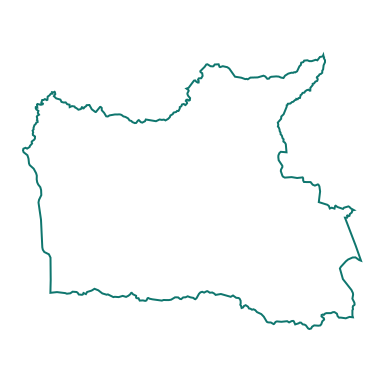 outline of Ancuabe, Cabo Delgado, Mozambique
{"feature_id": "85939544B12924931865401", "entity_name": "Ancuabe", "entity_type": "district", "adm_level": 2, "iso_a3": "MOZ", "parent_name": "Mozambique", "parent_adm1": "Cabo Delgado", "projection": "mercator", "projection_center": [39.811, -12.944], "detail": "fine", "context": "isolated", "style": "outline", "palette": "teal", "viewbox_px": 384, "rotation_deg": 0, "n_neighbors": 0, "source": "geoboundaries", "source_scale": "gbopen_adm2", "svg_char_len": 5884}
<svg xmlns="http://www.w3.org/2000/svg" viewBox="0 0 384 384"><path d="M286.5,152.3L285.8,144.2L284.9,142.6L283.4,141.5L283.6,139.3L282.6,138.3L281.8,135.5L280.6,134.3L280.6,132.8L279.7,131.1L279.5,129.4L278.7,127.3L277.9,126.6L278.3,124.7L277.8,122.6L281.1,118.8L281.3,116.5L283.6,114.3L286.7,106.7L286.7,105.3L287.4,105.0L287.8,103.8L290.4,103.5L291.9,102.1L293.3,101.7L294.8,100.2L296.2,99.7L296.3,98.9L297.7,99.2L298.5,98.1L300.0,97.9L300.6,95.1L301.5,94.6L302.6,92.9L304.4,92.6L305.1,91.4L306.7,90.2L308.4,89.7L309.7,90.7L310.3,90.6L310.4,87.8L312.7,85.1L312.7,83.8L314.1,83.4L315.4,81.6L317.2,80.9L317.7,79.5L317.5,78.4L316.8,77.7L317.0,77.0L318.9,75.5L319.5,74.4L320.9,73.9L322.2,72.8L322.3,70.6L323.1,69.5L323.6,65.3L325.0,62.2L325.0,60.2L323.9,58.3L324.1,57.3L323.7,57.0L323.3,55.0L322.7,56.4L319.9,57.0L317.4,60.3L315.7,59.8L311.8,61.1L309.3,61.1L307.4,60.3L304.2,60.6L303.3,62.1L301.2,62.7L300.8,65.0L299.4,66.3L297.1,71.3L295.2,72.4L294.2,72.2L293.2,72.8L291.5,72.7L288.3,73.6L285.0,75.7L283.5,78.0L281.1,77.6L278.8,76.6L276.2,76.4L271.2,76.8L269.9,77.4L269.0,78.6L267.3,78.8L265.3,76.5L263.5,75.7L257.7,77.4L250.4,77.6L247.8,79.3L246.7,78.9L245.2,79.1L241.3,77.7L235.0,76.7L229.3,68.6L227.3,67.2L222.8,66.2L220.1,67.1L219.5,66.8L218.6,64.3L214.7,64.5L213.5,66.2L212.9,66.4L210.5,66.2L207.5,64.3L206.3,64.5L204.7,66.8L200.3,71.2L200.6,72.2L202.2,73.2L202.6,75.9L201.3,78.2L198.7,78.4L198.0,79.8L198.7,80.9L198.6,82.5L197.9,82.6L196.4,81.8L195.1,80.4L194.0,80.6L188.6,87.8L186.5,88.6L188.3,89.9L188.7,90.8L187.4,93.3L187.5,94.4L188.2,95.9L190.1,98.1L189.8,100.2L188.9,100.6L187.7,99.7L186.4,99.8L185.8,100.9L186.7,101.8L187.1,103.2L185.9,104.7L185.3,105.1L183.8,104.0L182.0,104.5L181.3,106.3L179.8,107.1L179.8,108.4L178.7,110.7L178.3,111.0L177.1,110.9L176.1,112.0L173.6,112.6L172.7,114.2L170.4,115.5L169.8,117.2L168.1,118.9L165.5,120.4L163.9,119.6L161.9,119.9L159.6,119.5L156.0,121.2L145.8,119.5L145.0,121.2L142.3,122.6L140.9,122.2L138.8,120.1L137.9,120.6L136.2,122.9L134.9,123.1L132.4,122.1L131.4,121.0L129.5,120.4L128.1,118.4L125.4,116.9L123.4,116.4L121.5,114.9L119.9,114.4L114.7,114.5L109.5,115.4L107.8,116.5L106.2,116.3L104.1,112.8L101.8,110.3L101.7,107.9L100.6,106.9L100.0,107.0L96.0,111.9L95.4,112.0L91.8,109.3L89.4,105.0L86.6,105.2L86.0,106.3L84.8,107.0L83.6,108.4L83.1,108.4L82.6,107.4L81.9,107.2L80.8,109.1L78.4,109.7L76.4,108.1L75.2,107.6L74.5,106.5L72.0,106.1L69.7,107.1L69.5,104.7L67.2,104.2L65.7,102.4L63.5,102.5L61.5,101.9L60.4,99.6L56.2,98.4L53.9,96.2L55.3,94.1L54.9,92.2L54.6,91.8L53.7,92.3L52.1,92.2L52.4,93.7L50.8,93.7L49.5,95.4L47.7,96.6L47.4,99.8L46.8,100.1L44.9,99.1L43.5,100.0L42.2,100.0L41.3,102.8L42.9,103.6L42.7,104.3L40.9,104.8L37.5,104.0L37.0,104.5L37.3,107.6L35.8,107.2L35.7,108.1L36.3,109.4L38.4,110.9L37.8,112.9L39.0,114.7L37.5,115.6L36.8,116.7L37.3,119.1L36.9,120.1L37.6,120.9L37.6,122.1L36.3,122.6L35.7,124.0L34.4,125.2L33.5,128.0L33.6,129.4L32.6,130.6L33.2,132.4L32.8,133.4L32.9,135.0L35.0,136.5L34.9,138.6L34.2,139.7L32.1,141.2L31.6,142.0L32.1,143.5L30.0,145.8L29.6,147.0L27.1,148.6L25.6,147.8L23.4,148.7L23.0,150.4L23.6,152.2L27.4,155.2L28.5,158.6L29.0,163.4L29.7,165.1L33.7,168.7L36.1,173.2L36.8,175.6L36.7,179.4L37.2,182.3L38.2,184.5L40.3,187.2L41.1,190.1L41.3,195.1L39.0,199.9L38.5,202.5L41.0,219.8L42.3,247.3L42.8,249.7L44.3,252.0L48.9,254.3L50.5,257.6L50.7,280.0L50.4,292.8L57.0,292.1L65.2,293.1L66.9,293.7L70.3,293.3L72.6,291.7L76.5,292.0L77.6,292.7L78.8,294.5L82.0,294.8L82.9,294.4L83.5,293.0L85.9,294.1L87.1,292.0L91.6,290.6L94.5,288.8L98.3,290.3L102.3,293.4L106.6,294.7L107.9,294.4L113.4,297.1L114.8,296.8L118.7,297.1L122.7,295.9L126.1,296.9L128.3,295.8L130.0,294.5L131.2,292.9L131.7,292.8L133.0,294.3L136.1,295.8L136.1,297.7L137.1,298.3L138.5,298.2L139.7,300.6L142.9,300.4L145.2,300.9L146.4,300.5L147.6,298.2L148.3,298.0L149.6,298.7L152.3,299.3L161.9,300.6L163.5,300.0L168.7,300.1L171.1,299.7L175.1,297.3L178.1,297.4L180.0,298.9L181.2,299.1L183.2,297.4L185.5,297.3L187.7,296.3L190.3,297.3L193.4,297.9L194.6,299.0L195.4,299.2L196.6,298.1L199.0,293.8L200.4,292.4L202.2,291.8L204.1,292.6L206.6,291.3L207.5,291.2L209.8,292.7L212.3,292.5L214.3,293.6L215.6,294.9L220.9,294.0L230.7,296.8L233.0,295.5L236.2,297.8L238.6,298.0L239.6,298.7L240.6,300.7L240.7,303.2L240.3,304.8L241.0,305.7L241.6,308.0L243.0,307.5L244.0,306.0L245.7,305.2L248.0,306.7L249.0,308.5L250.4,308.7L252.0,309.7L253.5,309.3L255.2,310.1L257.0,312.1L261.3,314.1L263.8,316.7L266.8,321.8L268.1,322.4L270.9,322.5L273.6,324.1L274.1,323.9L275.6,321.9L276.9,321.4L281.3,321.8L287.2,321.2L289.1,322.4L291.6,321.1L293.1,320.9L293.8,321.3L295.2,324.4L298.7,323.3L299.6,322.6L300.9,322.6L302.8,324.4L304.5,324.6L305.9,325.4L308.1,328.4L309.3,329.0L311.1,328.5L312.1,326.7L314.2,325.4L318.5,325.7L320.3,325.4L321.3,324.2L322.3,321.3L324.1,319.6L323.9,318.3L321.5,316.4L321.6,315.0L322.9,314.5L323.8,314.9L324.9,313.7L326.4,313.1L330.9,313.1L333.1,312.1L334.5,312.1L336.9,313.7L337.6,316.1L339.1,317.7L340.8,317.6L345.8,318.3L349.5,316.9L352.9,317.3L352.4,315.4L352.4,310.3L353.0,309.2L352.7,307.2L353.1,305.9L354.4,305.0L354.6,304.4L354.4,302.7L352.4,298.7L353.1,294.7L352.9,293.0L351.4,289.9L342.9,279.1L339.9,268.5L340.8,266.9L345.9,261.3L348.1,259.5L352.6,257.5L355.5,257.4L359.1,260.0L361.0,260.7L355.7,245.7L345.0,217.7L347.1,217.7L347.4,217.1L347.1,215.6L347.4,215.4L348.7,216.0L349.4,215.9L349.9,214.0L351.8,212.5L352.2,210.5L353.9,210.1L350.8,208.4L349.4,206.9L348.4,206.4L344.0,207.7L343.0,208.9L337.4,207.0L335.7,205.7L335.1,206.1L334.5,208.6L331.7,207.7L329.8,208.5L328.9,206.0L327.4,204.8L318.8,202.1L320.1,191.4L319.4,186.4L318.4,184.6L317.8,184.4L314.9,185.6L312.7,184.7L310.6,182.1L304.0,182.0L303.2,180.6L303.1,178.1L302.6,177.4L297.1,178.0L291.6,177.1L284.8,177.6L283.2,176.8L282.4,175.8L280.8,171.1L281.0,169.6L282.4,167.0L282.3,165.7L278.7,160.3L278.3,157.2L278.4,155.4L279.4,153.1L280.8,151.8L286.5,152.3Z" fill="none" stroke="#0f766e" stroke-width="2"/></svg>